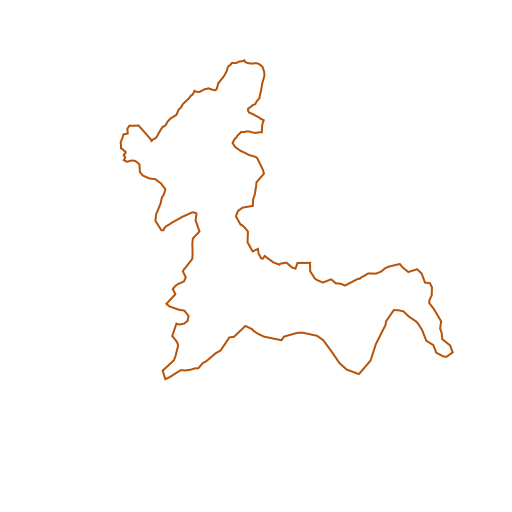 outline of Buruku, Benue, Nigeria, rotated 151°
{"feature_id": "59680162B99039921741080", "entity_name": "Buruku", "entity_type": "district", "adm_level": 2, "iso_a3": "NGA", "parent_name": "Nigeria", "parent_adm1": "Benue", "projection": "orthographic", "projection_center": [9.166, 7.36], "detail": "fine", "context": "isolated", "style": "outline", "palette": "amber", "viewbox_px": 512, "rotation_deg": 151, "n_neighbors": 0, "source": "geoboundaries", "source_scale": "gbopen_adm2", "svg_char_len": 4021}
<svg xmlns="http://www.w3.org/2000/svg" viewBox="0 0 512 512"><g transform="rotate(151 256 256)"><path d="M325.1,404.0L323.3,401.0L318.4,399.8L315.6,397.8L313.5,392.8L316.9,385.6L316.0,381.3L311.7,375.5L306.9,372.0L304.0,365.8L302.9,358.5L306.3,354.8L309.9,352.8L314.1,348.1L323.2,340.8L326.9,335.6L326.3,324.4L324.6,323.4L322.9,324.6L320.2,325.6L315.9,325.6L314.3,325.9L301.4,326.0L290.2,325.0L288.0,323.0L287.5,321.9L291.6,316.4L293.5,304.9L302.7,301.9L305.3,298.3L311.1,287.4L313.3,284.3L323.9,279.7L325.4,279.3L327.4,278.0L327.8,271.3L331.3,268.7L338.1,269.3L341.0,268.9L344.8,267.5L345.0,261.7L357.6,257.6L356.1,253.8L349.5,246.4L345.1,242.9L344.1,236.2L347.3,232.4L351.7,231.7L356.6,233.4L358.4,235.4L368.1,226.6L367.4,223.1L366.8,219.2L367.4,215.5L375.1,207.3L378.4,204.6L393.2,201.0L395.0,192.2L390.6,191.9L382.0,192.4L377.1,192.6L373.4,190.2L368.3,188.2L364.3,187.5L361.0,185.8L354.0,188.2L351.0,188.0L347.9,188.6L338.2,190.5L332.8,190.5L318.8,197.7L314.4,196.0L299.2,200.0L294.7,193.7L294.8,192.5L292.2,187.3L288.1,181.6L274.6,170.0L270.5,171.9L258.4,169.1L256.4,168.4L252.1,166.1L241.3,156.6L238.0,149.9L236.4,137.5L234.9,121.8L231.8,112.7L223.2,102.8L212.1,106.9L206.4,109.1L193.8,120.9L176.3,132.8L173.8,135.9L161.7,141.9L157.5,139.3L153.9,136.2L151.7,128.9L147.6,120.9L147.0,117.7L146.6,110.6L147.3,105.9L148.1,99.2L144.1,92.1L145.2,84.0L140.8,77.3L138.3,75.5L130.7,76.3L129.6,83.7L133.4,92.9L131.0,98.4L130.1,103.3L126.6,108.0L126.3,108.2L125.8,108.9L126.1,123.4L126.7,126.7L127.3,131.0L125.7,133.3L121.3,136.5L117.3,143.3L117.0,147.9L121.1,150.8L119.6,160.4L121.5,166.3L130.6,168.2L133.3,174.9L134.1,179.3L144.6,182.2L148.7,182.7L154.1,181.7L159.6,182.4L166.3,186.3L175.3,186.2L176.4,185.7L177.6,186.6L192.5,187.0L195.5,190.8L199.5,193.5L201.3,198.6L201.8,199.2L210.4,200.4L214.3,205.4L215.5,207.9L216.0,216.3L212.2,223.7L212.1,223.8L223.1,229.8L227.6,225.8L230.0,228.4L232.6,235.5L238.6,237.5L239.7,237.0L244.0,242.1L248.4,251.8L251.4,250.4L252.6,251.4L252.5,257.0L250.9,261.3L256.7,261.6L256.8,272.0L251.2,281.3L252.0,285.9L253.3,290.0L254.3,290.7L254.3,300.5L250.0,304.1L244.3,304.8L234.4,301.4L231.3,306.7L229.6,308.2L227.1,310.6L221.9,317.2L219.8,320.3L209.2,324.1L208.2,327.6L207.5,341.1L208.3,342.9L213.0,347.6L215.6,351.5L218.6,355.5L221.4,361.5L221.7,366.2L218.1,368.6L215.8,369.2L214.9,369.8L212.9,370.6L211.1,370.9L209.0,371.7L206.4,370.2L203.3,369.3L201.3,368.0L200.0,366.4L197.2,364.2L195.5,363.4L193.0,362.5L190.9,361.4L186.7,368.1L183.4,371.0L185.4,373.8L186.9,376.9L188.0,378.5L190.3,382.1L192.5,384.8L192.5,386.9L191.5,388.7L188.6,388.9L185.7,389.5L182.9,389.2L180.7,390.8L176.4,392.4L174.6,394.8L171.4,398.1L169.6,400.5L166.8,404.0L163.5,407.3L161.1,409.7L159.6,413.0L158.6,418.3L159.8,421.3L160.4,422.6L161.9,424.2L162.8,424.8L165.5,425.8L169.3,428.4L171.3,430.6L171.4,432.8L172.8,432.8L175.1,433.7L177.0,434.4L178.1,434.2L179.4,434.4L181.4,435.2L183.1,436.5L183.6,436.5L184.7,436.1L185.9,435.4L187.5,435.5L189.3,434.6L190.4,433.6L191.8,432.1L193.2,431.1L195.9,429.4L198.2,428.2L200.4,427.4L202.6,426.5L203.9,425.8L205.3,425.4L206.4,424.1L209.2,421.4L210.3,420.8L211.2,420.7L211.8,421.1L213.3,422.3L214.2,423.5L215.3,424.4L216.1,425.6L216.7,425.9L218.2,426.0L219.6,426.7L222.4,426.8L224.3,426.9L225.3,426.8L226.4,427.1L227.9,428.1L228.9,429.0L229.7,430.3L232.7,428.2L234.2,427.7L235.3,427.9L237.8,426.5L242.5,425.3L246.4,424.3L249.0,422.6L250.2,422.0L252.3,421.7L253.7,420.7L257.3,418.0L258.6,418.0L260.0,417.8L261.5,417.8L263.2,417.8L265.1,417.5L265.9,417.1L268.4,416.3L270.5,414.9L271.0,414.5L272.4,414.1L273.2,414.1L273.6,413.9L274.3,414.0L275.1,414.3L280.2,411.4L283.8,409.1L285.8,408.0L287.0,407.7L288.9,407.9L289.7,407.8L291.4,407.3L291.7,407.3L291.4,408.8L295.4,427.0L302.1,430.4L303.3,431.4L306.8,429.7L308.8,425.3L312.9,426.6L315.7,423.9L319.2,421.1L320.5,418.1L321.9,415.8L320.7,413.7L320.7,412.8L319.6,410.6L319.8,409.9L320.5,409.0L321.5,409.1L322.1,408.9L323.0,407.9L322.5,406.6L322.6,405.5L324.2,404.4L325.1,404.0Z" fill="none" stroke="#b45309" stroke-width="2"/></g></svg>